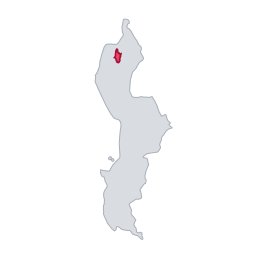 Chiradzulu, Chiradzulu, Malawi (highlighted), rotated 192°
{"feature_id": "42251766B78568245260433", "entity_name": "Chiradzulu", "entity_type": "district", "adm_level": 2, "iso_a3": "MWI", "parent_name": "Malawi", "parent_adm1": "Chiradzulu", "projection": "albers", "projection_center": [35.198, -15.762], "detail": "fine", "context": "in_parent", "style": "filled", "palette": "rose", "viewbox_px": 256, "rotation_deg": 192, "n_neighbors": 0, "source": "geoboundaries", "source_scale": "gbopen_adm2", "svg_char_len": 4934}
<svg xmlns="http://www.w3.org/2000/svg" viewBox="0 0 256 256"><g transform="rotate(192 128 128)"><path d="M99.3,148.6L97.8,146.6L96.7,147.1L95.0,148.5L94.2,148.9L93.7,148.9L93.4,148.5L93.0,147.6L91.7,145.1L90.3,143.3L88.8,142.6L87.6,141.7L88.1,140.9L88.7,140.3L88.4,139.7L87.7,138.9L85.0,137.6L85.0,137.1L87.3,136.0L88.8,134.6L89.8,133.4L91.0,130.6L92.0,127.9L92.8,127.0L93.1,125.1L92.9,123.1L93.4,120.5L93.6,118.0L92.8,117.1L92.1,115.4L92.9,112.6L94.1,110.6L100.0,108.5L104.2,106.7L105.0,105.8L106.4,104.3L107.2,102.7L106.6,102.3L103.4,102.3L102.6,101.7L100.2,96.3L101.4,90.2L101.5,87.8L101.4,84.8L101.0,82.6L100.0,81.7L99.3,80.5L99.5,77.3L100.4,76.9L102.5,72.6L103.4,70.1L102.2,68.1L101.0,65.3L100.4,63.5L100.1,62.9L100.9,61.8L102.3,60.7L103.9,60.4L105.6,59.8L110.8,54.5L110.9,53.5L109.9,51.7L107.9,49.1L107.5,48.0L107.2,44.8L106.4,43.9L103.5,41.7L101.2,39.5L101.9,37.2L102.3,34.7L101.2,33.3L99.5,31.9L98.5,29.8L98.0,28.2L96.7,27.6L95.5,27.6L94.6,28.6L93.7,28.5L92.5,28.2L92.2,26.9L92.1,25.4L91.3,24.4L90.5,23.1L90.4,22.3L90.9,22.1L91.9,22.0L96.2,24.7L98.8,24.8L101.6,25.3L104.1,27.7L105.4,28.0L107.0,27.7L111.7,27.4L113.5,27.7L115.9,29.1L116.9,29.3L118.4,29.3L118.7,29.0L118.8,28.1L118.5,26.4L118.9,25.5L119.8,24.5L122.3,25.7L128.7,30.9L128.9,31.6L132.9,36.8L134.2,39.1L134.2,40.2L135.5,44.8L135.8,47.0L135.5,48.6L135.6,49.9L136.0,51.8L135.9,52.6L137.3,55.4L138.0,57.7L138.2,59.9L137.8,62.1L136.5,65.3L136.3,66.6L136.6,67.8L137.4,69.1L138.8,70.5L139.8,72.1L140.5,74.1L141.1,75.0L141.8,74.9L143.2,75.2L144.3,76.4L145.5,78.3L145.9,80.5L146.1,81.4L142.5,81.4L138.0,81.7L136.9,82.6L136.6,84.5L135.2,88.5L134.4,89.9L132.8,92.6L130.4,96.4L129.9,97.6L130.0,98.8L131.4,103.9L132.9,109.3L133.4,111.3L134.4,118.5L135.0,123.5L135.1,126.4L135.6,130.4L136.9,132.5L138.2,133.9L143.3,134.6L144.8,135.6L147.6,138.1L153.9,145.1L157.3,149.6L160.3,153.5L165.7,160.7L169.8,166.4L170.3,171.7L171.0,172.5L169.6,176.4L168.7,182.7L169.3,187.0L169.0,194.2L168.2,201.8L167.3,204.5L166.1,205.6L163.2,206.4L156.8,207.3L155.9,208.2L155.0,209.7L153.7,213.2L152.2,216.8L151.8,218.3L152.0,218.7L153.4,220.5L154.8,225.1L155.0,233.1L154.5,233.7L152.7,234.0L150.6,233.9L149.8,233.5L149.1,232.6L148.5,230.9L149.8,229.7L150.3,227.6L149.5,225.8L147.8,225.4L145.6,223.8L141.0,218.5L137.1,214.8L134.9,211.7L132.6,210.5L131.9,209.7L131.4,208.4L131.4,206.6L131.6,205.2L130.8,203.6L128.5,201.2L127.5,199.9L127.4,198.3L128.4,196.7L130.3,194.9L131.8,191.0L132.3,188.6L135.1,183.6L135.5,179.3L135.6,175.9L135.4,173.3L134.6,168.0L134.1,164.4L130.6,159.7L129.5,159.2L126.2,159.6L123.4,160.4L122.0,161.4L119.9,161.4L114.3,162.3L112.6,162.7L111.6,163.5L111.0,163.7L107.5,160.0L104.4,156.1L100.4,149.4L99.3,148.6ZM139.7,96.1L138.7,96.3L138.1,95.8L138.3,94.3L138.6,93.3L139.5,93.1L140.2,93.4L140.7,93.9L140.7,94.6L140.4,95.5L139.7,96.1ZM137.6,93.4L137.0,94.9L135.9,94.8L134.9,93.6L135.2,92.6L136.2,92.2L137.1,92.6L137.6,93.4Z" fill="#d9dde1" stroke="#a8b0b8" stroke-width="1"/><path d="M150.6,199.0L150.8,199.0L150.8,198.9L151.0,198.8L151.0,199.0L151.3,199.1L151.5,198.9L151.8,198.9L151.8,199.0L152.0,199.0L152.3,199.0L152.3,198.9L152.5,198.9L152.6,199.0L152.5,199.3L152.7,199.5L152.8,199.6L152.7,199.7L152.7,199.8L152.8,199.8L153.0,199.8L153.4,199.9L153.5,199.9L153.7,200.0L153.8,200.2L153.9,200.3L154.0,200.3L153.9,200.4L153.9,200.5L154.0,200.5L154.2,200.8L154.1,201.0L154.2,201.4L154.2,201.5L154.3,201.6L154.2,201.7L154.2,201.8L154.3,201.8L154.5,201.9L154.4,201.9L154.4,202.1L154.5,202.1L154.7,202.3L154.8,202.5L155.0,202.6L155.0,202.8L155.2,203.0L155.3,203.0L155.4,202.9L155.5,202.8L155.5,202.7L155.4,202.5L155.4,202.4L155.5,202.3L155.5,202.1L155.6,201.9L155.9,201.6L155.9,201.4L155.9,200.7L155.9,200.4L155.8,199.3L155.7,198.8L155.6,197.7L155.5,196.9L155.4,196.3L155.4,196.1L155.3,195.7L155.6,195.0L156.0,194.1L155.9,194.1L155.7,194.0L155.7,193.9L155.4,193.8L155.2,193.7L154.9,193.7L154.7,193.6L154.5,193.4L154.4,193.4L154.4,193.2L154.2,193.1L154.0,192.9L154.0,192.7L153.9,192.6L153.8,192.4L153.8,192.2L153.7,192.1L153.7,191.9L153.6,191.7L153.5,191.4L153.4,191.2L153.2,191.1L152.9,191.1L152.7,191.1L152.5,190.9L152.4,190.9L152.3,190.7L152.3,190.4L152.2,190.3L152.2,190.2L152.3,190.0L152.3,189.9L152.1,189.9L151.9,189.9L151.7,189.9L151.6,190.1L151.6,190.4L151.4,190.3L151.3,190.2L151.4,189.9L151.0,189.9L150.9,190.0L150.7,190.1L150.6,190.4L150.5,190.5L150.4,190.6L150.5,190.7L150.3,191.0L150.2,191.3L150.1,191.7L150.0,192.0L149.9,192.5L150.0,192.6L150.2,192.8L150.3,192.9L150.3,193.0L150.5,193.1L150.4,193.3L150.3,193.5L150.3,193.8L150.4,194.1L150.5,194.1L150.6,194.3L150.5,194.5L150.4,194.5L150.4,194.8L150.3,195.1L150.6,195.6L150.6,195.8L150.4,195.9L150.3,196.0L150.2,196.0L150.1,196.3L150.2,196.6L150.3,196.6L150.3,196.8L150.2,197.0L150.3,197.1L150.5,197.1L150.6,197.3L150.6,197.7L150.6,197.9L150.4,198.0L150.2,198.5L150.1,198.8L150.1,199.0L150.1,198.9L150.3,198.9L150.3,199.0L150.4,198.9L150.5,198.9L150.6,199.0Z" fill="#f43f5e" stroke="#9f1239" stroke-width="1.5"/></g></svg>